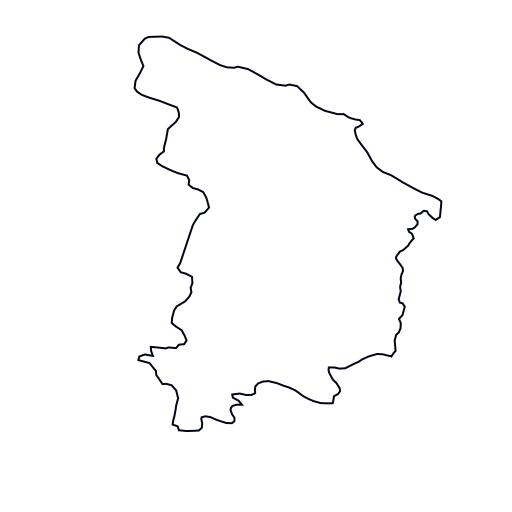 Dobrush, Gomel, Belarus (Robinson projection), rotated 195°
{"feature_id": "67162791B17030122378697", "entity_name": "Dobrush", "entity_type": "district", "adm_level": 2, "iso_a3": "BLR", "parent_name": "Belarus", "parent_adm1": "Gomel", "projection": "robinson", "projection_center": [31.465, 52.377], "detail": "fine", "context": "isolated", "style": "outline", "palette": "ink", "viewbox_px": 512, "rotation_deg": 195, "n_neighbors": 0, "source": "geoboundaries", "source_scale": "gbopen_adm2", "svg_char_len": 3265}
<svg xmlns="http://www.w3.org/2000/svg" viewBox="0 0 512 512"><g transform="rotate(195 256 256)"><path d="M99.3,194.0L97.8,198.2L96.6,200.4L98.0,204.3L100.2,210.3L100.2,216.0L98.2,219.4L97.7,223.6L98.7,228.5L101.6,232.3L99.2,236.8L99.2,241.8L99.2,245.6L102.1,248.2L105.0,248.2L107.0,251.2L107.0,254.7L107.0,259.2L108.9,263.8L108.9,267.9L110.4,271.6L110.7,275.5L110.1,279.8L111.4,282.5L114.8,285.4L117.6,287.4L120.1,289.8L120.4,291.8L118.2,297.4L115.4,299.8L111.6,305.6L111.3,307.3L109.4,311.7L108.2,313.7L111.0,317.8L114.5,319.0L116.0,321.2L111.9,322.7L110.1,324.6L108.2,328.5L108.8,331.2L111.9,333.1L112.9,335.1L112.5,336.6L110.3,338.7L108.2,339.5L105.6,343.1L102.2,343.4L100.3,341.2L95.0,338.3L91.8,337.3L88.4,341.2L89.0,344.8L89.9,350.2L90.3,353.1L91.2,356.8L94.6,358.2L101.2,359.7L111.9,360.2L121.0,362.1L133.2,365.1L146.4,369.0L155.2,370.0L162.4,372.9L168.6,377.8L175.2,384.8L183.1,390.9L188.4,395.1L191.2,399.2L193.1,402.9L192.8,405.8L190.6,407.3L187.1,411.2L188.1,412.2L190.9,414.1L195.0,413.6L199.4,413.6L202.5,413.9L208.2,415.8L208.3,415.6L214.1,414.1L219.9,414.1L227.2,414.1L236.9,416.0L242.7,418.6L246.1,421.3L251.9,426.2L260.2,430.7L267.9,430.3L271.8,428.1L281.0,426.9L291.7,429.2L301.4,431.9L312.1,434.5L322.7,434.1L325.7,432.2L332.9,430.7L340.2,431.1L348.9,433.0L356.7,434.9L365.9,437.1L375.1,438.3L383.9,440.2L396.5,444.3L403.8,443.6L416.4,439.8L419.7,437.1L423.6,429.2L422.1,422.0L418.2,416.0L413.9,410.3L415.3,403.2L417.7,394.1L416.7,386.6L413.3,383.9L408.0,382.1L399.8,381.3L389.1,380.9L378.9,379.8L370.7,379.0L367.8,374.9L366.3,370.4L368.2,364.7L374.0,355.7L373.5,350.8L373.0,344.4L373.0,338.0L372.1,333.1L375.4,329.0L377.4,324.1L375.4,320.3L369.6,318.4L361.4,316.9L353.1,315.8L347.8,315.8L343.5,315.8L340.1,312.0L339.6,307.5L334.7,305.3L329.4,305.3L323.6,304.1L319.2,299.6L317.3,296.6L313.9,290.6L316.8,284.6L321.1,282.0L324.0,273.3L325.0,269.2L327.4,229.4L328.8,224.5L324.5,220.8L319.1,220.8L312.4,219.3L310.4,213.3L310.9,208.4L309.0,204.3L309.9,199.4L312.8,193.8L319.6,186.7L321.0,182.2L321.0,174.7L320.1,169.5L315.2,167.2L308.5,165.0L304.6,160.9L301.2,156.4L302.6,152.2L307.5,150.4L309.4,146.3L316.7,145.1L319.6,143.3L327.8,142.1L334.1,141.0L332.6,136.9L329.7,132.8L337.9,132.1L342.7,128.7L342.7,125.0L337.9,125.0L331.1,125.0L322.9,119.0L321.5,115.2L317.1,111.5L313.2,108.1L309.4,109.3L304.1,109.3L298.3,105.5L294.4,98.4L294.4,91.0L293.9,86.9L293.4,80.5L293.4,76.0L292.9,71.6L287.6,71.2L285.3,67.7L282.7,68.2L277.9,68.9L271.3,70.9L266.1,72.6L263.9,76.0L264.5,80.1L266.7,84.5L266.7,86.2L263.3,88.1L258.3,88.6L252.3,87.6L246.3,87.2L241.3,87.0L235.9,88.3L234.1,90.9L234.9,94.1L238.3,97.1L240.7,100.5L240.9,102.8L239.9,105.1L236.1,107.4L231.1,108.7L235.5,111.8L241.7,113.2L243.1,116.1L236.1,118.9L229.5,119.2L224.5,120.6L221.3,123.2L222.5,126.8L222.9,129.6L221.1,133.3L217.1,136.4L211.5,138.4L202.7,138.6L196.5,137.9L189.6,137.5L183.4,136.4L178.8,134.7L174.0,132.8L167.6,131.4L162.4,130.7L155.2,130.7L148.8,132.2L143.8,133.6L144.0,137.5L144.4,140.7L141.0,144.0L139.8,147.1L141.0,150.0L145.6,154.2L149.8,156.5L155.2,162.3L156.4,164.6L156.8,167.2L151.6,168.6L146.4,168.8L140.8,170.6L134.9,175.9L129.5,180.4L126.5,183.8L121.1,188.2L113.5,192.8L107.7,193.9L103.9,193.9L99.5,194.1L99.3,194.0Z" fill="none" stroke="#020617" stroke-width="2"/></g></svg>